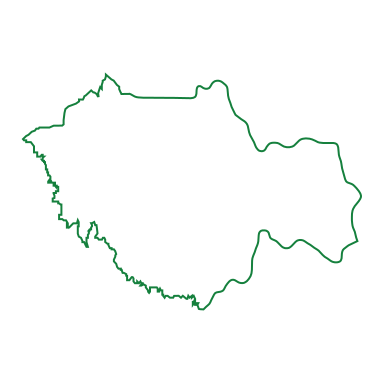 Restauración, Dajabón, Dominican Republic
{"feature_id": "3306468B11586418732368", "entity_name": "Restauración", "entity_type": "district", "adm_level": 2, "iso_a3": "DOM", "parent_name": "Dominican Republic", "parent_adm1": "Dajabón", "projection": "equal_earth", "projection_center": [-71.654, 19.301], "detail": "fine", "context": "isolated", "style": "outline", "palette": "green", "viewbox_px": 384, "rotation_deg": 0, "n_neighbors": 0, "source": "geoboundaries", "source_scale": "gbopen_adm2", "svg_char_len": 5904}
<svg xmlns="http://www.w3.org/2000/svg" viewBox="0 0 384 384"><path d="M315.1,140.7L312.1,139.4L309.5,138.7L305.9,138.4L304.0,138.6L302.2,138.9L300.5,139.6L299.1,140.6L295.1,144.6L293.8,145.8L292.2,146.6L289.5,147.2L286.8,147.2L284.1,146.6L282.6,145.8L279.2,143.7L277.5,143.0L274.8,142.7L272.1,142.8L270.3,143.3L269.5,143.7L268.3,144.8L266.8,146.7L265.3,149.4L264.2,150.5L262.8,151.1L261.3,151.2L259.8,150.9L259.0,150.6L257.8,149.6L256.2,147.5L255.4,145.8L254.0,142.2L250.1,135.1L249.1,132.2L247.9,126.4L247.6,125.4L246.8,123.8L245.7,122.4L244.5,121.3L241.1,119.1L236.1,115.3L235.5,114.8L234.7,113.3L231.6,106.9L230.4,103.1L228.8,98.8L228.1,95.7L227.5,89.1L227.1,87.2L226.6,86.3L225.6,85.0L222.6,82.5L221.3,81.6L219.8,81.0L218.2,80.7L216.5,80.8L214.9,81.2L214.2,81.6L212.9,82.6L211.9,83.8L210.3,86.6L209.4,87.8L208.8,88.2L207.4,88.7L205.9,88.8L204.5,88.5L203.1,87.9L201.4,86.7L200.2,86.1L198.9,86.1L198.3,86.3L197.7,86.8L197.2,87.5L196.9,88.3L196.6,90.0L196.4,93.8L195.9,95.6L195.5,96.4L194.8,97.1L193.3,97.8L190.8,98.2L174.6,97.9L143.0,97.7L138.3,97.4L136.5,97.1L134.7,96.5L130.6,94.2L129.3,93.8L129.2,93.9L121.4,94.0L121.0,93.0L120.5,92.1L119.2,89.1L119.2,86.7L116.9,84.9L113.7,80.6L111.4,79.4L105.9,74.6L105.9,76.4L105.0,79.4L102.7,80.7L102.7,81.9L101.8,84.9L101.8,89.0L101.7,88.9L100.2,87.0L100.0,87.5L98.1,93.3L98.5,96.2L97.8,96.3L96.7,94.1L94.5,92.5L93.3,92.4L91.2,90.4L85.7,95.5L84.4,96.2L83.6,98.3L82.9,99.6L79.0,99.5L79.1,101.4L76.0,103.6L68.5,106.4L65.4,109.1L64.5,112.9L63.6,120.2L63.6,124.4L62.2,125.6L53.6,125.7L49.5,127.5L39.4,127.5L38.5,128.7L36.3,128.7L34.9,130.6L31.7,131.8L28.5,134.8L26.2,136.0L23.0,139.1L24.0,140.3L26.2,140.3L26.2,142.1L30.8,142.1L34.0,146.3L34.0,152.4L37.2,152.4L37.2,156.6L40.4,156.6L41.7,154.8L42.7,154.8L42.7,156.6L44.0,156.6L42.7,157.8L42.7,159.7L41.8,159.7L42.7,160.9L44.0,160.9L44.0,162.1L45.0,162.1L45.0,163.9L45.9,165.1L45.9,169.4L47.2,169.4L47.2,172.4L48.1,172.4L48.1,175.4L49.5,175.4L50.4,176.6L50.4,178.5L49.5,179.7L48.2,181.5L48.2,182.7L50.4,182.7L50.4,179.7L51.3,181.5L51.3,182.7L55.0,182.7L55.0,183.9L53.6,183.9L53.6,185.7L55.0,185.7L55.9,186.9L55.9,185.7L56.8,185.7L56.8,186.9L58.2,186.9L58.2,191.2L55.9,191.2L55.9,193.0L53.6,193.0L53.6,193.6L53.9,194.1L54.2,194.9L54.5,195.9L54.4,198.0L52.7,198.5L52.7,201.5L58.2,201.5L58.2,201.8L58.2,203.3L59.1,203.3L60.5,204.5L61.4,204.5L61.4,214.8L59.1,214.8L59.1,219.1L62.3,219.1L63.7,220.3L66.0,220.3L67.8,223.3L67.8,226.3L66.9,225.1L66.9,227.6L69.2,227.5L71.5,225.1L73.3,223.3L75.1,223.3L76.9,223.3L77.8,220.2L78.7,222.1L78.7,226.3L77.8,226.3L77.8,229.6L77.8,233.6L78.8,236.6L81.0,237.8L82.4,240.9L82.4,242.1L84.2,242.1L85.6,245.1L86.5,246.9L87.9,246.9L86.5,242.1L86.5,240.8L86.5,237.8L87.9,237.8L87.9,234.8L88.8,233.6L88.8,232.4L89.7,230.5L88.8,230.5L89.7,229.3L91.1,229.3L91.1,227.5L92.0,226.3L92.0,225.1L91.1,223.2L92.0,223.2L94.2,222.0L95.2,225.1L96.5,225.1L97.0,229.0L97.4,232.3L97.5,233.5L95.2,236.6L95.2,237.8L97.5,237.8L98.8,239.6L102.0,239.6L102.9,237.8L104.3,237.8L105.2,239.6L105.2,242.0L107.5,243.8L108.4,243.8L108.4,245.0L109.8,248.1L111.6,248.1L111.6,249.3L113.9,249.3L115.2,251.1L116.2,254.1L115.3,255.3L115.3,256.6L113.9,259.6L113.9,261.4L116.2,263.8L117.1,266.9L118.5,268.7L120.8,268.7L120.7,269.4L120.7,269.9L121.7,269.9L122.0,271.0L122.6,272.9L123.9,272.9L126.2,274.1L126.2,275.8L126.3,275.9L127.1,275.9L127.1,280.2L129.4,280.2L131.7,277.1L132.6,277.1L133.5,278.4L133.5,281.4L134.9,283.2L137.2,283.2L137.2,281.4L139.0,283.2L140.4,281.4L141.3,283.2L143.6,283.2L141.3,284.4L140.4,285.6L141.3,285.6L143.6,284.4L145.8,285.6L145.8,287.4L148.1,290.5L148.1,291.7L149.1,292.9L150.0,291.7L150.0,287.4L156.8,287.4L157.7,288.6L157.7,291.6L159.1,291.6L159.1,290.4L160.0,288.6L160.9,290.4L162.3,290.4L162.3,294.7L163.2,294.7L163.2,295.9L164.6,297.7L165.5,295.9L167.7,295.9L170.0,297.7L173.2,297.7L174.1,295.9L178.7,295.8L181.0,297.7L182.8,295.8L186.4,298.8L187.4,298.8L188.3,295.8L189.6,297.6L191.9,295.8L191.9,297.6L193.7,295.8L195.1,298.9L193.7,301.9L192.8,301.9L192.8,303.9L192.8,304.9L195.1,301.9L195.1,304.9L196.0,304.9L196.0,303.1L198.3,303.1L197.4,304.9L198.3,307.3L198.8,308.9L200.1,309.2L203.5,309.4L205.9,307.0L208.3,304.9L209.4,303.8L210.3,302.3L211.3,300.0L214.0,294.7L214.9,293.4L215.5,292.9L216.9,292.3L220.5,291.7L221.9,291.2L223.2,290.4L224.1,289.1L225.7,286.0L227.4,283.6L229.2,281.5L230.6,280.4L232.1,279.8L233.7,279.8L235.1,280.3L237.7,281.9L239.1,282.6L240.7,283.0L242.3,283.1L243.9,282.9L245.5,282.1L247.0,281.0L248.9,278.8L250.5,276.2L251.2,274.2L251.5,273.2L251.9,269.8L252.1,260.6L252.4,258.4L252.7,257.4L253.3,255.6L254.7,252.2L255.9,248.5L257.3,245.1L257.9,243.3L258.3,241.3L258.7,235.3L259.0,233.5L259.3,232.7L259.8,231.9L260.4,231.3L261.1,230.8L262.5,230.4L264.8,230.4L266.3,230.7L267.6,231.5L268.1,232.0L268.6,232.7L270.0,237.2L270.4,237.9L270.9,238.4L272.1,239.2L274.9,240.4L276.4,241.2L277.7,242.4L281.7,246.5L283.2,247.5L284.8,248.1L285.6,248.2L287.3,248.2L288.9,247.9L289.6,247.5L290.4,247.0L291.8,245.8L295.6,241.8L297.1,240.7L297.8,240.4L299.4,240.0L301.1,240.0L302.7,240.3L303.5,240.6L304.9,241.4L307.5,243.2L310.4,244.9L314.3,247.8L317.2,249.6L318.7,250.7L322.6,254.9L324.7,256.8L327.6,258.6L330.2,260.5L331.6,261.4L333.2,262.0L334.8,262.3L337.2,262.3L338.7,262.0L340.1,261.3L340.7,260.7L341.1,259.9L341.6,258.2L341.9,253.6L342.2,251.9L342.8,250.2L343.8,249.0L347.5,246.1L348.8,245.2L357.4,241.1L356.2,237.6L354.8,231.8L353.0,227.5L352.5,225.6L352.2,223.5L351.9,220.3L351.9,217.1L352.0,213.8L352.5,210.7L353.2,208.8L354.7,206.2L358.8,201.1L360.2,198.9L360.9,197.2L361.0,196.2L360.9,195.3L360.3,193.5L358.9,191.2L356.5,188.2L354.5,186.1L353.2,184.9L351.7,184.0L347.4,182.4L346.2,181.4L345.8,180.7L345.1,179.1L343.4,173.0L342.1,168.3L341.3,163.2L340.9,161.2L339.4,156.8L338.9,154.8L338.2,147.4L337.6,145.5L337.1,144.7L336.5,144.0L335.7,143.6L335.0,143.3L333.3,143.0L323.2,143.0L319.5,142.6L317.8,142.1L315.1,140.7Z" fill="none" stroke="#15803d" stroke-width="2"/></svg>